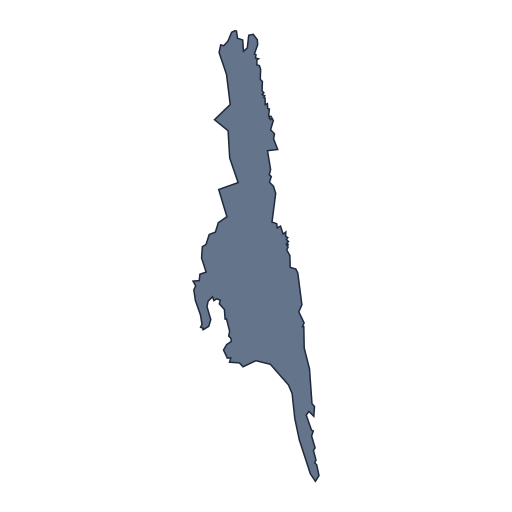 Rangamati, Chittagong, Bangladesh
{"feature_id": "16705992B35610473312733", "entity_name": "Rangamati", "entity_type": "district", "adm_level": 2, "iso_a3": "BGD", "parent_name": "Bangladesh", "parent_adm1": "Chittagong", "projection": "equal_earth", "projection_center": [92.168, 22.796], "detail": "medium", "context": "isolated", "style": "filled", "palette": "slate", "viewbox_px": 512, "rotation_deg": 0, "n_neighbors": 0, "source": "geoboundaries", "source_scale": "gbopen_adm2", "svg_char_len": 1900}
<svg xmlns="http://www.w3.org/2000/svg" viewBox="0 0 512 512"><path d="M315.4,481.3L319.0,475.6L316.7,464.8L314.7,462.8L316.0,460.1L313.4,450.3L315.1,447.9L311.6,436.0L313.3,431.0L311.5,430.1L306.2,415.1L309.0,411.4L313.8,416.3L314.5,406.5L312.0,403.8L309.5,368.8L304.2,348.0L303.8,326.6L302.5,326.6L304.1,322.9L298.8,311.8L301.9,304.8L297.8,273.1L295.8,269.0L290.2,267.4L289.9,255.6L286.7,249.8L288.1,247.2L286.4,244.4L288.1,244.7L287.2,242.5L288.5,241.5L286.3,239.5L287.8,237.6L285.6,236.2L285.8,232.0L283.1,234.1L280.5,226.1L277.3,227.9L276.7,223.7L272.0,222.1L275.7,193.4L273.5,186.3L269.5,182.2L271.3,176.5L269.3,174.9L270.6,169.5L267.5,150.7L277.7,149.5L273.6,138.9L274.5,133.9L270.6,129.8L273.3,120.6L271.8,117.8L270.6,119.6L269.2,118.0L270.8,116.4L268.6,116.0L269.4,109.0L267.7,108.4L267.4,103.6L265.2,104.6L265.1,98.1L263.7,97.4L264.8,95.8L262.2,94.5L263.9,92.8L262.1,90.8L262.4,81.5L260.3,79.4L260.6,69.2L259.4,65.6L256.9,64.9L256.9,59.9L258.5,58.8L255.4,58.0L256.0,54.7L254.4,54.0L257.7,44.6L257.3,39.7L253.2,34.3L248.7,35.3L247.3,47.9L243.5,51.3L242.7,40.0L237.5,38.3L236.5,31.1L234.8,30.7L231.6,32.3L227.9,41.2L223.7,45.7L220.7,44.9L219.1,52.6L226.5,74.4L230.2,104.5L214.5,119.7L228.1,130.8L229.7,158.0L238.1,182.6L218.7,189.5L226.9,216.7L218.3,222.7L215.4,232.1L209.2,234.5L206.0,244.5L202.3,246.7L201.6,258.1L206.1,272.1L199.9,274.2L199.2,280.6L193.0,281.1L195.7,285.9L193.8,289.8L195.4,300.6L200.4,314.7L202.0,324.3L200.6,327.3L203.9,328.6L202.4,330.2L208.7,326.4L210.8,319.6L207.0,306.7L208.1,301.2L212.5,296.8L213.9,300.6L216.6,298.8L220.3,300.2L219.3,303.9L224.4,309.5L225.1,319.1L226.5,318.9L229.6,331.2L228.7,336.1L230.9,338.3L231.3,341.4L226.6,344.6L223.5,350.0L227.3,358.1L230.8,357.9L229.5,362.2L239.4,362.9L243.0,366.8L255.9,360.7L270.4,364.3L288.5,385.0L292.1,393.5L294.8,418.6L299.3,439.9L310.4,473.9L315.4,481.3Z" fill="#64748b" stroke="#1e293b" stroke-width="1.5"/></svg>